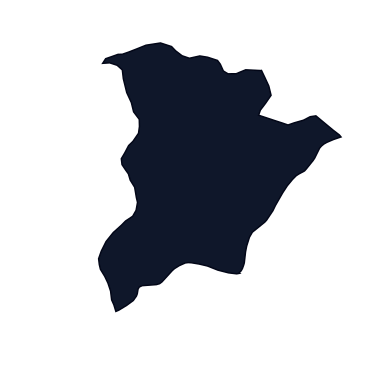 Hochon, Hamgyŏng-namdo, North Korea (Robinson projection), rotated 198°
{"feature_id": "82179303B14875494019042", "entity_name": "Hochon", "entity_type": "district", "adm_level": 2, "iso_a3": "PRK", "parent_name": "North Korea", "parent_adm1": "Hamgyŏng-namdo", "projection": "robinson", "projection_center": [128.612, 40.869], "detail": "fine", "context": "isolated", "style": "filled", "palette": "ink", "viewbox_px": 384, "rotation_deg": 198, "n_neighbors": 0, "source": "geoboundaries", "source_scale": "gbopen_adm2", "svg_char_len": 1719}
<svg xmlns="http://www.w3.org/2000/svg" viewBox="0 0 384 384"><g transform="rotate(198 192 192)"><path d="M120.3,139.3L120.4,140.9L122.6,151.7L123.3,157.5L123.4,166.7L122.2,172.4L113.5,185.8L112.4,188.2L109.8,197.4L109.3,199.1L108.5,205.0L105.5,219.3L103.3,227.4L100.3,235.0L98.0,239.6L96.0,242.1L91.5,246.8L90.4,249.3L86.6,259.3L85.8,262.1L84.2,273.1L83.1,275.7L81.3,278.5L79.1,280.9L73.6,285.7L67.3,290.4L69.5,291.8L77.1,294.5L87.4,298.6L97.7,302.7L102.9,300.1L108.2,294.7L116.1,289.4L121.4,285.4L127.8,285.5L135.6,285.5L152.4,285.6L152.3,291.0L149.5,299.0L146.7,308.4L151.7,316.5L158.0,323.3L163.5,329.1L164.3,328.7L178.7,324.8L186.6,318.1L194.4,315.5L199.6,316.8L204.6,322.3L208.4,325.0L218.8,325.0L226.6,323.8L235.8,318.4L243.5,318.5L251.2,321.2L256.4,324.0L260.2,324.0L268.0,324.0L281.1,317.4L289.0,310.8L295.6,305.4L300.9,301.4L304.8,300.1L310.0,296.1L315.3,292.1L316.7,286.8L310.2,289.4L306.3,289.4L302.4,289.4L296.0,286.6L292.3,278.5L284.8,266.4L277.3,258.3L272.3,250.2L264.6,244.8L262.2,238.0L261.0,231.3L263.8,221.9L266.6,216.6L268.0,208.5L269.5,201.8L267.0,196.4L261.9,192.4L258.1,189.6L254.4,184.2L248.0,178.8L243.1,169.4L240.6,165.3L239.5,157.3L240.9,150.6L246.2,143.9L248.9,138.5L254.3,129.2L258.4,118.4L260.0,107.7L260.2,99.7L257.7,94.3L255.2,90.2L248.9,84.8L243.8,79.4L238.8,72.6L235.1,64.6L231.4,60.5L227.5,54.9L225.2,56.9L219.1,64.0L214.3,70.7L212.7,75.9L212.6,78.3L213.3,82.9L212.8,85.3L210.5,87.5L197.3,92.9L194.5,94.8L192.8,97.2L186.5,111.1L185.0,113.7L181.4,118.0L176.4,122.5L173.8,123.7L170.8,124.5L162.9,125.7L154.5,126.4L143.2,125.7L132.3,126.4L124.2,128.0L121.8,129.3L122.3,129.4L120.9,132.3L120.4,134.8L120.3,137.9L120.3,139.3Z" fill="#0f172a" stroke="#020617" stroke-width="1.5"/></g></svg>